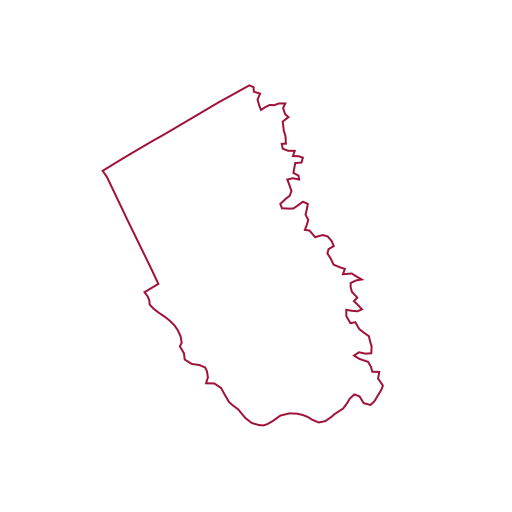 outline of Quinta do Sol, Paraná, Brazil, rotated 120°
{"feature_id": "56859067B56550779588971", "entity_name": "Quinta do Sol", "entity_type": "district", "adm_level": 2, "iso_a3": "BRA", "parent_name": "Brazil", "parent_adm1": "Paraná", "projection": "robinson", "projection_center": [-52.151, -23.826], "detail": "fine", "context": "isolated", "style": "outline", "palette": "rose", "viewbox_px": 512, "rotation_deg": 120, "n_neighbors": 0, "source": "geoboundaries", "source_scale": "gbopen_adm2", "svg_char_len": 2125}
<svg xmlns="http://www.w3.org/2000/svg" viewBox="0 0 512 512"><g transform="rotate(120 256 256)"><path d="M111.6,347.1L131.7,359.2L140.7,364.7L161.8,376.6L190.5,392.8L196.8,396.4L207.4,402.7L228.1,414.5L238.3,420.2L258.9,431.4L262.1,424.6L284.9,391.4L287.5,387.7L317.5,343.2L320.3,339.1L329.0,326.6L343.1,334.5L345.1,329.7L347.7,326.3L351.2,323.8L352.8,318.6L353.8,311.5L354.3,304.0L355.2,298.2L356.9,291.8L359.2,287.0L363.1,281.3L368.3,277.0L372.3,276.7L376.4,269.6L381.3,266.0L381.6,257.6L378.7,250.5L378.0,244.3L380.3,240.9L385.1,237.0L391.2,235.6L387.2,228.3L387.8,220.3L393.1,211.4L395.9,206.4L396.9,201.9L397.7,194.9L401.7,184.0L402.7,176.0L401.0,169.1L399.1,165.0L396.3,162.4L390.8,159.1L382.0,155.1L375.6,148.4L372.1,141.8L370.3,136.0L369.5,130.8L369.7,125.5L368.8,118.4L364.3,113.4L357.5,110.2L353.6,108.9L344.6,104.3L337.9,103.5L332.6,103.5L326.7,101.6L325.8,96.1L329.6,89.2L327.8,82.4L322.5,80.8L308.5,80.6L304.8,81.3L301.1,89.0L294.8,91.3L298.1,97.4L294.6,100.9L291.6,106.0L293.4,114.9L293.2,121.3L287.9,118.7L285.9,112.5L282.6,107.5L276.3,110.8L273.7,113.7L269.0,118.2L268.4,124.9L267.6,130.2L263.7,136.9L267.0,140.7L262.9,147.7L257.5,150.9L255.6,145.8L253.1,140.4L249.2,137.6L247.3,143.8L246.2,148.6L241.4,147.5L239.1,155.0L235.5,158.6L232.1,160.5L227.1,157.1L223.5,152.7L223.5,159.5L223.3,164.4L228.3,171.6L222.7,172.6L223.9,177.9L224.7,184.5L221.0,189.8L218.0,195.5L213.7,196.6L208.5,193.6L205.2,198.0L203.2,203.7L204.5,208.7L210.1,214.2L207.2,222.4L209.0,226.7L204.5,227.4L198.6,228.8L195.4,233.8L190.5,235.2L185.0,237.2L185.5,242.5L192.3,245.5L196.3,247.5L198.3,250.9L201.7,257.3L198.8,261.0L191.4,258.8L187.0,256.9L182.0,257.8L178.3,262.0L174.1,267.1L170.2,262.9L168.2,256.9L165.1,259.4L165.4,265.1L155.9,268.5L152.3,263.3L147.4,264.6L148.2,268.8L151.0,274.0L145.6,275.0L148.8,280.8L149.7,286.5L146.0,289.8L143.8,286.3L137.4,290.4L133.6,294.6L130.6,296.8L126.2,300.1L119.5,297.3L118.7,301.5L114.4,306.5L109.3,306.9L112.4,312.4L116.3,315.6L118.2,319.5L122.4,322.4L127.0,324.7L124.1,328.4L119.7,332.9L113.3,333.6L114.8,340.0L111.0,342.5L111.6,347.1Z" fill="none" stroke="#9f1239" stroke-width="2"/></g></svg>